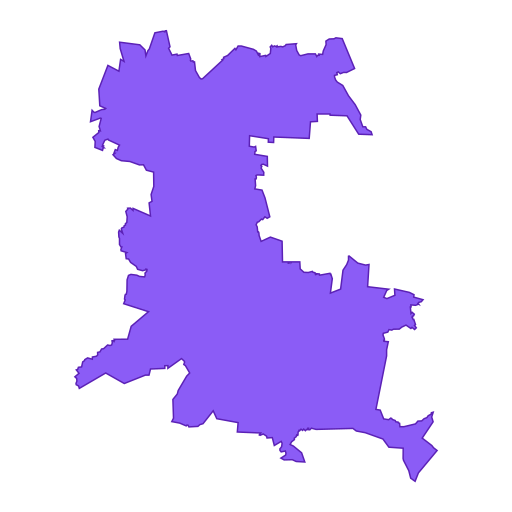 Jilotepec, México, Mexico
{"feature_id": "50627088B22130838993983", "entity_name": "Jilotepec", "entity_type": "district", "adm_level": 2, "iso_a3": "MEX", "parent_name": "Mexico", "parent_adm1": "México", "projection": "robinson", "projection_center": [-99.622, 20.017], "detail": "fine", "context": "isolated", "style": "filled", "palette": "violet", "viewbox_px": 512, "rotation_deg": 0, "n_neighbors": 0, "source": "geoboundaries", "source_scale": "gbopen_adm2", "svg_char_len": 6003}
<svg xmlns="http://www.w3.org/2000/svg" viewBox="0 0 512 512"><path d="M125.8,211.4L127.2,216.8L126.8,222.5L125.4,223.7L125.5,225.0L124.2,225.7L123.8,227.3L122.1,227.7L121.3,228.9L122.7,233.3L119.3,230.2L118.6,232.1L118.9,237.0L119.5,238.4L119.5,244.5L121.0,247.0L121.8,247.0L120.9,249.4L121.1,250.8L126.9,252.6L125.5,253.5L126.2,258.7L128.6,259.0L130.6,262.4L136.3,266.4L137.6,269.3L142.6,270.7L146.0,269.8L146.0,269.1L147.0,269.4L146.8,271.2L145.0,273.1L145.2,275.1L144.6,276.9L139.4,276.4L136.9,275.2L130.9,274.4L128.5,275.4L127.1,279.8L126.9,291.3L126.3,294.2L125.4,294.4L125.0,295.4L124.5,299.1L125.2,299.9L123.7,303.7L148.5,311.7L131.2,326.3L127.6,339.2L114.2,339.3L114.6,340.2L114.0,341.5L113.3,340.6L112.0,340.8L112.3,342.9L111.6,345.0L110.0,345.5L107.6,345.0L103.6,348.7L101.6,349.0L99.9,351.9L97.6,352.4L97.7,354.9L96.5,356.2L92.4,357.0L92.3,359.2L87.6,357.9L84.8,359.6L84.5,360.6L82.7,361.9L81.6,366.9L78.4,367.3L77.7,369.4L76.3,369.9L79.0,373.3L74.9,376.8L76.7,378.5L76.9,381.1L76.0,383.4L76.2,384.7L78.6,386.0L79.3,388.4L105.7,373.0L124.3,383.5L145.4,375.1L149.0,375.1L150.5,369.0L164.8,368.4L164.8,365.7L167.9,365.6L167.9,368.3L181.5,358.6L184.1,361.0L184.6,362.0L183.8,364.5L185.4,365.6L189.7,373.0L186.7,376.1L178.2,390.5L177.3,394.0L172.9,399.4L173.5,418.2L171.8,421.6L179.7,423.1L186.2,425.9L186.9,425.1L188.0,425.2L188.9,426.9L197.9,426.4L199.9,424.6L203.0,423.7L213.2,410.8L216.8,418.7L238.1,422.6L237.3,432.0L260.7,433.0L259.3,434.9L260.1,435.3L263.3,434.0L266.6,436.2L267.0,438.0L272.3,437.6L274.3,445.5L281.2,441.4L282.1,443.3L281.6,446.7L279.9,448.9L280.0,450.5L281.2,451.9L285.3,451.0L286.0,453.2L285.6,455.1L280.9,458.1L284.1,459.9L292.3,459.7L296.2,461.5L304.8,462.0L301.6,452.8L293.3,446.0L290.1,444.5L291.6,441.8L294.4,439.6L294.3,438.1L296.2,436.7L296.5,435.5L297.5,435.4L297.2,434.7L298.0,434.6L298.1,432.1L299.1,430.3L299.6,430.8L301.0,429.2L302.6,430.4L303.7,429.1L305.4,430.7L306.7,429.4L307.5,429.6L307.8,428.2L308.6,428.2L308.7,429.7L309.8,429.8L311.4,428.2L316.1,429.4L352.9,428.4L356.3,431.0L365.3,432.7L382.9,439.0L388.9,447.2L403.2,448.2L403.1,458.5L403.5,460.3L408.8,470.7L410.7,478.2L415.1,481.3L418.4,472.9L437.1,450.5L433.6,447.8L431.8,445.5L422.2,438.1L433.1,421.8L431.7,417.0L433.2,412.2L431.4,412.7L431.1,414.2L428.2,415.7L426.9,417.6L424.1,418.7L421.7,420.9L417.9,421.1L415.5,423.9L403.9,426.7L399.9,426.7L399.6,423.3L398.3,422.8L398.1,422.1L395.8,421.8L395.2,420.5L392.4,419.5L391.6,418.4L390.7,418.1L388.7,419.7L383.7,418.9L380.2,410.1L375.9,409.4L386.6,355.9L386.6,349.8L388.3,341.7L383.9,341.3L383.7,340.2L384.4,340.0L384.4,338.8L383.0,335.0L383.3,333.3L387.8,332.1L389.0,329.6L391.8,330.1L393.4,329.2L399.3,329.1L401.8,327.1L406.0,325.1L410.9,328.5L412.0,327.4L414.6,329.5L416.3,327.8L414.5,325.4L415.5,324.6L413.8,319.4L413.2,319.5L412.1,317.4L412.6,317.0L412.3,316.3L413.6,315.8L414.3,314.2L412.1,312.3L411.0,313.5L410.3,307.0L411.1,306.9L410.9,304.9L415.6,305.3L417.9,304.4L417.8,303.8L418.8,304.3L418.3,303.5L418.7,302.4L421.3,301.7L423.0,299.7L413.7,297.1L414.0,294.7L409.4,292.4L394.5,289.0L394.9,295.3L386.9,298.6L383.7,297.3L386.7,290.5L388.7,289.2L367.6,286.7L369.0,264.5L365.6,265.1L357.8,263.1L349.1,256.0L348.5,256.2L348.5,260.1L346.7,264.6L343.0,270.2L340.6,289.1L330.4,293.1L332.3,278.7L330.9,274.3L330.5,274.5L330.0,273.3L320.0,275.1L319.5,275.1L319.4,274.0L317.9,273.8L316.5,273.7L316.6,274.3L315.5,274.6L315.0,272.7L313.0,272.3L312.4,271.4L308.3,272.5L303.9,272.3L300.2,268.9L299.8,261.9L291.6,261.9L291.1,262.6L291.0,261.9L289.2,261.9L289.0,263.2L288.3,263.2L288.5,261.9L282.5,261.9L282.1,241.2L270.4,237.1L261.1,241.4L259.1,235.5L258.9,232.9L258.5,231.9L257.7,231.9L257.2,226.9L256.1,224.8L257.3,222.2L258.7,221.8L261.4,219.1L262.7,219.6L264.9,216.8L267.2,218.3L269.8,216.8L265.0,197.9L262.0,190.1L254.8,188.9L255.6,185.6L255.1,179.0L256.1,178.9L256.4,177.8L256.0,175.5L257.4,174.9L263.7,175.2L263.8,172.3L261.1,168.1L261.8,166.3L260.9,165.7L261.5,164.5L263.3,164.2L267.5,166.1L267.3,156.4L254.7,154.3L255.0,151.5L256.2,150.8L255.6,146.4L254.2,147.1L249.3,146.2L249.6,135.7L268.4,138.7L268.3,142.2L273.6,142.5L273.8,137.0L309.2,138.4L310.5,121.8L317.4,121.4L317.1,114.0L330.0,114.0L330.1,115.2L347.0,115.8L358.7,134.2L372.1,134.7L371.1,131.7L366.8,129.3L365.6,126.8L362.8,126.8L360.2,119.5L360.8,115.1L355.2,104.7L348.5,95.8L342.8,85.5L337.3,82.1L335.7,80.1L334.6,77.2L334.5,75.4L337.3,74.7L336.8,72.6L338.3,71.9L340.3,73.7L343.6,72.4L346.5,72.5L354.6,68.5L342.2,38.6L335.9,37.8L334.0,38.8L329.2,39.0L325.9,41.1L326.1,44.6L323.3,50.9L322.6,54.4L318.8,54.1L319.1,55.3L317.5,55.4L316.8,56.5L315.4,53.9L307.9,53.9L300.7,55.7L299.2,55.0L296.7,50.5L295.7,44.9L296.4,43.7L286.1,44.5L285.3,45.7L282.7,46.9L280.9,46.4L276.9,46.9L277.0,45.9L275.9,46.5L274.5,45.9L272.7,46.8L271.7,45.3L270.2,46.9L270.8,48.5L270.3,53.5L265.9,56.5L265.6,55.4L259.8,56.6L259.9,53.6L258.3,53.2L258.8,55.9L256.4,51.1L253.4,49.3L241.3,46.0L238.1,46.0L235.9,49.8L234.9,48.4L227.6,55.5L223.6,57.3L223.8,58.6L222.0,59.6L222.6,60.2L202.6,78.7L201.1,79.0L199.4,77.5L195.5,70.6L194.5,61.9L193.3,62.0L192.9,60.8L190.9,61.1L190.4,60.5L190.7,58.9L188.7,53.5L177.3,55.5L177.0,54.1L172.0,55.1L168.6,48.3L170.0,46.8L166.4,30.7L165.2,30.8L164.9,31.9L163.1,31.2L154.9,32.8L149.3,49.0L147.9,50.7L145.9,55.9L145.0,49.9L139.8,44.8L119.6,42.2L120.2,48.6L124.0,61.4L120.6,59.4L118.9,71.2L107.9,65.4L98.8,89.1L99.8,105.8L105.7,108.4L104.7,109.3L101.7,109.6L95.0,112.5L93.8,112.1L92.1,110.3L90.5,121.7L100.3,118.1L101.2,118.4L99.1,126.5L100.4,130.9L98.7,130.7L98.8,132.5L92.9,137.3L95.2,141.4L94.9,147.4L102.5,150.4L103.2,147.8L104.0,147.8L102.4,146.5L103.6,145.9L102.5,145.1L104.5,140.9L105.0,140.1L108.0,139.1L108.5,140.0L119.5,145.1L118.2,147.2L117.4,150.4L115.3,149.6L114.0,153.0L115.0,153.2L113.0,154.7L116.4,158.5L121.3,160.7L129.9,161.5L139.4,164.9L143.5,164.8L146.4,170.2L153.6,172.1L153.8,186.4L151.1,194.5L152.0,201.3L149.1,202.9L150.5,216.0L133.1,208.4L133.0,210.4L130.4,208.1L127.6,208.2L127.8,209.2L125.8,211.4Z" fill="#8b5cf6" stroke="#5b21b6" stroke-width="1.5"/></svg>